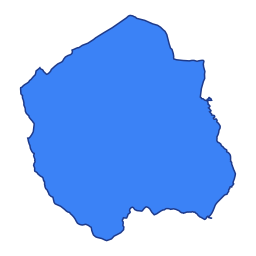 the district of Ostra, Suceava, Romania
{"feature_id": "2599482B94281064097265", "entity_name": "Ostra", "entity_type": "district", "adm_level": 2, "iso_a3": "ROU", "parent_name": "Romania", "parent_adm1": "Suceava", "projection": "orthographic", "projection_center": [25.755, 47.362], "detail": "fine", "context": "isolated", "style": "filled", "palette": "blue", "viewbox_px": 256, "rotation_deg": 0, "n_neighbors": 0, "source": "geoboundaries", "source_scale": "gbopen_adm2", "svg_char_len": 5743}
<svg xmlns="http://www.w3.org/2000/svg" viewBox="0 0 256 256"><path d="M212.1,218.2L209.9,217.8L209.1,217.5L208.8,217.0L208.9,216.5L210.1,215.5L211.7,213.3L213.0,210.8L214.5,207.1L215.0,205.7L215.6,204.5L217.2,202.4L224.3,195.2L225.4,194.6L226.9,194.3L227.4,193.5L227.6,192.8L228.5,191.7L228.7,191.3L228.7,190.7L228.7,190.2L228.7,189.6L229.1,189.3L229.2,188.9L229.7,188.6L229.6,188.1L229.9,187.7L229.9,187.2L230.3,186.7L230.7,186.7L231.2,186.9L231.7,187.0L231.8,186.8L231.8,186.2L233.1,184.8L233.3,184.3L233.7,183.9L233.4,183.4L233.0,183.0L233.4,181.3L234.4,178.7L234.5,178.1L235.0,176.3L235.3,174.6L235.4,173.7L234.1,170.4L233.5,169.4L233.5,169.1L233.3,168.4L233.1,168.1L233.0,167.5L232.5,166.5L232.3,165.5L232.0,164.9L231.7,164.3L231.6,162.3L231.1,161.7L230.6,161.5L230.7,160.8L230.7,160.2L230.5,159.8L230.6,159.0L230.6,158.2L230.6,157.8L230.5,156.1L230.2,155.0L229.5,153.9L228.7,153.0L227.8,152.3L227.2,152.1L226.7,151.8L226.6,151.5L226.8,150.6L226.7,150.0L226.0,149.5L224.9,148.9L223.6,147.7L223.1,146.9L221.4,145.7L220.8,144.1L219.3,142.9L217.7,142.1L216.8,140.6L217.0,138.4L216.9,136.9L218.1,134.5L218.7,132.4L219.0,130.2L220.0,128.3L220.2,126.8L220.0,125.7L218.5,123.4L216.8,121.8L216.8,121.1L217.1,120.4L216.6,119.4L216.0,118.9L215.0,119.2L214.1,119.2L213.4,118.3L213.5,117.7L214.6,117.1L214.7,116.3L214.3,115.6L211.6,114.9L211.6,114.0L211.0,113.4L209.6,111.8L210.4,111.4L210.6,111.1L210.9,111.0L211.0,110.8L210.7,110.2L210.4,110.0L209.9,109.4L209.6,108.8L208.5,107.9L209.2,107.3L209.9,106.4L209.8,105.8L208.8,104.7L208.2,104.4L208.1,103.3L207.7,101.8L207.6,101.4L208.1,100.7L208.8,100.3L210.9,100.4L211.6,100.3L210.9,98.7L210.5,98.4L210.1,98.3L209.7,98.1L209.4,97.6L209.1,97.5L208.8,97.8L208.8,98.3L208.1,98.9L207.8,99.0L207.2,99.4L206.7,100.7L204.5,100.0L203.1,98.8L201.5,98.6L201.2,97.7L200.3,97.1L200.6,94.7L201.4,88.5L203.4,81.4L204.7,78.5L204.5,74.2L204.9,71.4L204.4,69.8L203.6,66.8L203.3,64.1L203.9,61.3L203.5,60.5L202.4,60.3L201.3,60.4L198.8,60.8L197.0,61.3L194.0,60.4L191.9,60.4L189.2,60.9L186.7,60.7L183.2,60.5L176.7,59.8L173.9,59.0L173.6,57.7L173.7,56.3L173.2,53.3L172.0,49.4L170.5,48.1L169.1,43.7L166.8,34.6L165.0,31.3L163.4,30.0L160.5,27.2L157.6,25.3L152.5,23.8L144.8,20.4L136.5,18.3L135.9,17.5L135.0,16.9L133.9,16.6L132.8,15.9L130.1,15.4L128.5,16.0L126.4,17.9L112.3,27.7L104.2,32.5L95.8,37.7L93.6,39.5L87.9,43.2L82.4,45.3L78.8,47.7L77.8,47.7L76.4,48.2L74.0,49.3L72.0,50.1L72.4,51.6L72.0,53.4L70.7,54.6L68.0,55.5L65.4,57.0L63.8,59.0L62.8,60.9L61.7,62.0L57.8,63.9L54.8,66.3L51.3,69.5L50.8,70.8L49.8,72.1L48.8,73.1L47.6,74.0L46.5,74.3L46.0,73.8L43.4,71.3L43.2,70.5L42.3,69.6L41.4,69.3L40.4,68.6L39.9,67.7L38.8,68.8L36.1,70.9L35.7,73.1L35.3,74.7L33.4,76.6L31.1,79.4L29.6,80.5L28.7,82.0L27.4,83.0L24.6,84.7L23.3,85.7L21.9,87.2L20.7,87.7L20.6,88.2L20.6,88.4L20.6,89.4L20.7,90.3L20.9,93.6L21.3,94.4L22.5,95.6L22.4,96.8L22.5,97.8L22.6,98.3L23.4,100.3L23.7,101.9L23.9,102.7L23.9,103.4L23.9,104.5L23.9,105.1L25.0,107.8L25.2,108.6L25.4,111.3L26.3,113.3L27.2,114.3L28.9,115.9L29.0,116.2L29.1,117.0L29.4,117.6L30.6,119.1L32.7,121.5L33.1,122.3L33.3,122.6L33.8,123.0L34.1,123.4L34.1,124.8L33.3,131.6L32.7,132.9L31.4,135.2L29.6,137.6L28.7,138.2L28.0,138.0L27.7,138.1L28.1,139.4L28.3,140.8L28.7,142.2L29.2,143.9L29.9,145.4L30.4,148.4L31.7,151.1L32.6,152.4L33.3,153.1L34.2,153.4L34.2,153.8L34.1,154.3L33.7,155.1L33.7,155.9L34.2,157.4L34.6,158.4L34.9,159.3L34.9,160.0L34.7,160.5L34.9,161.0L35.0,161.6L34.9,162.1L34.0,163.7L34.0,164.3L33.6,165.2L34.1,166.7L34.5,167.5L34.7,168.5L34.6,170.1L34.8,171.2L36.7,172.3L37.1,172.7L37.8,173.8L38.5,174.5L39.3,175.1L40.3,176.0L41.8,176.8L42.7,177.5L42.9,177.8L43.0,178.2L43.1,178.3L43.3,179.3L43.4,179.6L43.5,180.0L43.6,180.3L43.6,180.6L43.9,181.1L44.3,181.2L44.5,181.6L44.6,183.3L44.6,183.6L44.6,183.8L44.6,184.7L44.7,185.1L45.0,185.5L44.9,186.2L45.2,187.3L45.8,188.7L47.0,189.8L48.6,193.1L49.1,194.6L51.1,196.4L52.9,197.2L53.5,199.8L54.1,202.3L54.6,203.1L54.9,203.5L55.3,203.9L60.7,206.3L63.0,208.1L64.6,209.4L66.3,211.0L67.9,212.0L69.6,212.4L70.4,213.7L71.5,214.6L73.5,216.7L75.0,218.8L76.4,221.5L77.5,223.2L79.3,224.3L81.0,224.8L82.3,225.0L84.0,224.7L85.3,224.3L86.1,224.4L88.4,225.4L90.3,226.8L91.2,227.3L91.8,230.6L92.8,233.4L93.5,235.0L95.6,236.8L97.1,237.4L101.7,238.5L105.2,240.1L106.7,240.6L111.5,238.9L114.1,236.1L117.1,234.6L120.7,232.7L123.6,229.7L123.7,228.2L123.9,227.0L123.3,226.2L122.9,225.5L123.0,224.5L123.2,223.2L123.1,221.8L122.4,221.0L122.4,219.9L122.9,219.2L123.4,217.8L123.7,217.7L124.8,218.0L126.6,218.0L127.4,216.4L128.1,214.2L129.0,213.6L129.8,212.8L130.2,212.2L130.0,211.4L129.6,211.0L129.6,210.0L130.1,208.7L131.4,207.5L132.5,207.2L133.4,207.7L134.8,209.6L137.0,210.6L139.2,210.8L141.5,211.1L142.3,210.8L144.1,208.5L145.5,207.2L146.2,206.8L148.2,207.5L149.8,208.9L151.9,212.3L154.2,214.8L156.7,213.8L159.2,212.1L161.0,210.9L161.6,210.6L163.0,209.9L163.9,209.9L164.3,209.8L164.8,209.5L165.4,209.0L165.9,208.7L166.6,208.6L168.3,208.6L169.7,208.9L170.5,209.3L170.8,209.3L171.6,209.1L172.2,209.1L172.9,208.9L173.5,208.8L174.4,209.0L175.1,209.2L176.1,209.4L176.3,209.5L176.9,209.8L177.6,210.1L178.5,210.5L179.3,210.9L180.4,212.0L181.6,212.7L182.1,212.8L183.1,212.9L183.4,213.2L183.6,213.1L184.1,212.9L184.4,212.9L184.7,212.9L186.1,212.3L186.6,212.2L187.1,212.1L187.3,212.0L188.0,212.1L189.8,212.0L191.2,212.1L192.2,211.7L192.7,211.7L193.5,212.1L194.4,212.1L194.8,212.3L195.3,212.4L195.5,212.9L196.9,213.8L197.6,214.5L197.8,215.0L198.5,215.8L199.2,216.2L199.7,216.8L200.2,217.0L201.6,217.6L202.2,218.1L202.7,218.3L204.5,219.4L205.2,219.2L205.9,218.6L206.3,218.1L206.5,217.5L206.8,217.1L207.6,216.3L208.1,216.4L208.4,216.5L208.4,217.0L208.4,217.3L208.5,217.5L209.1,217.5L209.5,217.8L210.0,217.9L210.7,218.2L212.1,218.2Z" fill="#3b82f6" stroke="#1e3a8a" stroke-width="1.5"/></svg>